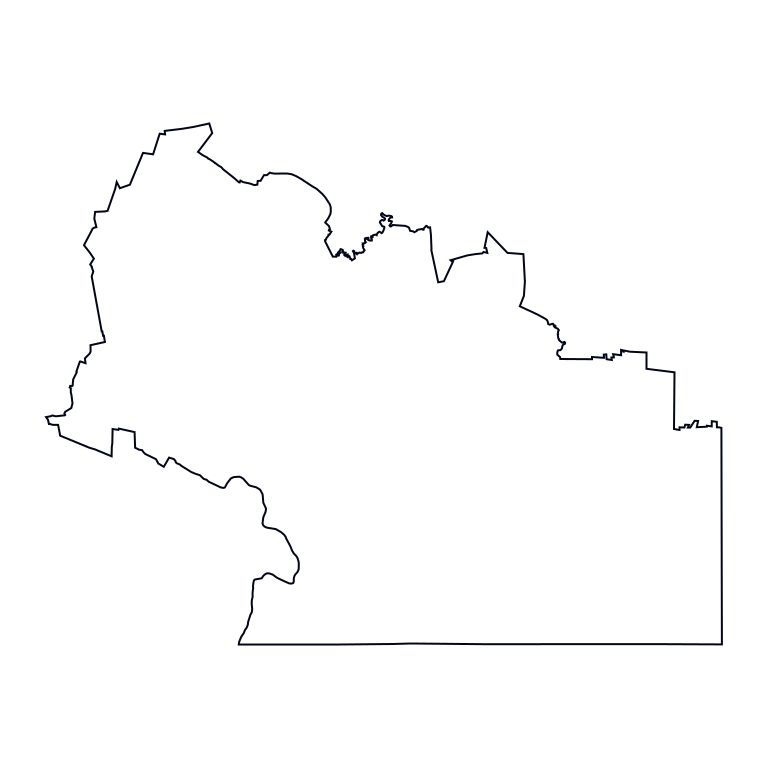 Tenosique, Tabasco, Mexico
{"feature_id": "50627088B14158734316570", "entity_name": "Tenosique", "entity_type": "district", "adm_level": 2, "iso_a3": "MEX", "parent_name": "Mexico", "parent_adm1": "Tabasco", "projection": "natural_earth1", "projection_center": [-91.353, 17.458], "detail": "fine", "context": "isolated", "style": "outline", "palette": "ink", "viewbox_px": 768, "rotation_deg": 0, "n_neighbors": 0, "source": "geoboundaries", "source_scale": "gbopen_adm2", "svg_char_len": 6077}
<svg xmlns="http://www.w3.org/2000/svg" viewBox="0 0 768 768"><path d="M238.8,644.5L340.1,644.5L392.6,644.0L411.0,643.5L485.6,644.2L651.6,644.1L721.9,644.4L721.4,427.9L719.5,427.4L716.9,427.3L716.8,421.8L711.8,421.2L711.7,426.4L706.9,425.7L706.8,426.7L696.8,427.2L698.1,421.0L694.6,420.8L690.3,427.5L687.9,427.5L689.1,424.9L685.2,424.7L684.4,427.5L679.6,427.3L679.5,430.0L674.0,429.0L674.5,372.3L646.5,368.8L646.5,352.5L630.0,351.7L623.9,350.5L623.7,351.7L623.2,351.5L623.3,350.5L621.1,349.9L621.1,355.2L613.1,354.2L613.9,357.4L611.4,357.5L611.8,360.0L606.6,359.2L606.3,354.4L603.8,354.6L604.0,357.8L592.0,357.0L592.0,359.2L560.3,359.0L560.1,357.2L557.3,354.6L557.2,353.2L557.6,351.1L558.1,350.3L560.2,350.2L561.4,349.2L561.9,348.4L562.6,345.3L563.4,344.5L564.8,343.9L565.1,343.4L565.1,342.7L564.5,341.9L562.5,342.6L561.7,342.4L559.0,340.1L558.9,339.0L558.4,338.7L557.7,334.3L558.1,334.1L558.0,332.0L558.8,330.1L558.3,329.9L557.9,328.8L555.0,327.4L555.3,326.7L554.6,326.8L554.2,326.4L554.6,325.6L553.7,325.5L553.6,324.6L553.1,323.9L552.2,323.9L549.7,324.7L548.2,324.0L547.8,322.0L547.2,320.3L545.7,319.0L537.5,314.5L519.8,306.3L523.9,295.9L524.9,281.6L523.4,254.1L507.5,252.9L487.7,232.2L484.5,247.8L486.2,248.0L487.3,252.9L483.5,252.0L482.3,253.4L475.4,254.1L467.4,255.4L450.6,260.2L452.2,261.7L453.0,261.4L452.7,262.3L443.9,281.2L438.2,282.3L431.3,249.9L431.5,249.3L430.9,234.4L430.1,227.4L429.0,227.7L428.7,227.3L427.8,227.3L426.7,225.9L426.2,225.8L423.7,228.5L423.6,229.7L423.0,229.8L421.9,229.0L418.2,229.7L417.1,230.0L416.8,230.9L414.4,232.2L413.2,231.4L410.1,230.8L409.3,228.4L408.6,227.3L405.4,225.9L392.7,225.0L391.1,226.4L390.2,226.4L389.5,225.5L391.2,223.1L391.9,221.5L390.7,221.0L388.9,221.0L388.6,220.2L389.0,219.2L390.1,217.9L391.1,217.4L392.1,217.4L392.0,216.6L391.3,216.1L389.0,215.6L386.6,216.1L383.6,214.6L382.2,213.1L381.4,213.5L381.0,215.0L382.4,216.8L384.5,218.0L385.0,218.7L384.9,219.6L383.6,220.6L382.3,220.0L381.7,220.0L380.1,221.4L379.9,222.4L382.3,226.3L383.7,226.5L384.3,226.9L384.4,227.7L383.3,231.0L382.3,232.7L381.6,233.1L379.6,231.7L378.9,231.9L377.2,233.5L376.7,235.2L375.4,234.6L373.1,235.2L372.7,235.6L372.7,237.0L372.1,237.5L371.8,236.3L371.3,236.2L370.9,237.3L371.9,239.8L371.8,240.5L369.4,240.5L368.4,240.0L368.5,238.6L368.3,237.8L367.6,237.9L367.1,238.6L366.7,238.0L366.1,238.3L365.4,238.1L364.8,238.9L364.9,239.4L365.4,239.5L364.9,240.8L365.2,241.7L365.8,242.2L364.9,243.1L363.0,243.4L363.4,243.9L363.3,244.4L362.6,244.8L362.8,246.0L363.3,246.3L363.0,246.8L363.1,247.9L364.6,250.3L363.6,251.3L363.3,252.2L362.6,252.2L361.8,252.7L361.3,252.6L361.0,252.9L359.3,252.6L358.3,253.4L357.7,253.5L357.3,253.2L357.2,253.5L356.6,252.9L356.3,253.2L356.3,253.7L353.9,251.7L354.0,251.0L353.4,250.7L352.9,251.1L354.0,253.0L354.9,258.4L351.9,260.3L351.1,258.9L350.3,259.0L349.6,256.4L348.9,255.9L348.9,256.3L348.2,256.5L347.9,257.2L347.3,256.9L346.8,255.6L347.2,254.6L346.4,254.8L345.4,255.9L344.4,255.3L344.2,254.3L345.4,253.4L345.6,252.7L344.0,252.5L343.1,251.6L342.9,251.7L342.7,252.5L342.4,252.6L342.1,252.0L342.9,250.7L342.9,250.1L341.7,249.4L341.0,249.6L340.7,249.2L340.9,248.3L340.1,250.2L339.2,251.3L339.9,252.0L340.0,253.0L339.5,253.2L338.2,252.4L337.9,252.7L338.0,253.5L338.7,253.6L339.1,254.1L338.9,255.5L338.4,255.6L337.7,254.6L336.7,254.3L336.2,254.7L336.7,256.2L336.3,256.7L332.8,256.6L325.2,241.5L325.0,240.1L325.9,239.7L326.1,238.8L327.0,237.3L328.3,235.9L328.5,234.7L329.4,234.7L331.4,231.6L328.8,230.5L328.8,230.0L330.0,229.2L328.9,226.0L325.2,222.5L328.2,218.4L330.3,214.3L330.8,211.6L330.7,207.2L329.9,204.5L325.4,197.5L322.4,194.0L316.7,188.9L312.1,186.2L300.9,178.8L295.9,176.0L291.5,174.2L286.9,173.5L274.6,173.6L271.1,173.1L269.9,172.6L267.0,175.1L264.0,175.1L260.6,180.8L257.7,181.0L257.3,184.7L254.3,185.1L250.2,183.6L243.1,182.1L240.4,180.6L239.4,183.2L239.3,182.2L238.3,181.8L234.5,178.3L223.1,169.3L221.3,167.2L218.1,165.3L215.1,162.9L214.8,163.0L214.5,162.5L209.8,159.3L208.0,158.5L207.5,157.7L202.6,155.1L198.0,151.9L212.2,133.1L209.3,123.5L193.1,127.0L182.1,128.8L164.7,130.9L165.1,134.4L159.7,133.7L153.1,154.3L143.0,152.9L129.9,184.7L119.9,188.2L116.7,182.0L115.2,188.8L107.6,210.8L105.1,211.4L95.1,211.9L94.3,218.6L96.4,227.2L94.3,227.6L92.7,228.6L84.0,245.2L90.0,252.9L93.9,258.7L90.2,264.4L91.9,266.9L91.7,267.2L93.3,271.5L91.7,276.4L101.7,331.4L102.3,331.3L103.1,335.8L103.9,335.7L104.9,342.0L90.5,345.2L90.6,351.4L90.4,352.0L89.7,353.5L84.9,358.4L85.5,363.2L80.2,361.4L79.9,361.5L76.4,371.5L76.8,372.1L73.2,379.4L72.6,385.6L72.1,386.0L70.2,385.9L69.7,387.5L70.8,388.1L70.8,392.4L71.5,395.2L72.5,403.4L71.3,408.0L65.2,411.8L64.4,413.4L65.2,415.0L64.9,415.3L55.8,416.3L52.4,415.5L50.7,416.2L46.1,417.1L48.0,419.8L48.9,424.0L49.9,423.9L52.1,424.7L54.2,424.9L58.1,424.9L60.2,435.7L89.3,447.7L95.0,449.4L111.6,456.3L111.8,447.0L112.3,443.3L112.6,429.0L118.4,429.9L118.8,428.6L134.6,432.1L135.1,447.7L139.1,449.7L142.0,450.1L143.8,452.6L145.3,454.0L156.0,459.2L158.3,463.5L163.8,466.8L169.1,457.6L173.9,459.1L175.5,461.0L175.8,462.3L176.7,463.2L179.8,464.5L181.3,465.8L191.2,472.0L195.7,473.9L199.9,475.2L203.7,478.9L206.6,479.8L208.7,481.7L220.9,487.5L223.7,487.9L224.9,487.4L227.3,483.0L230.8,478.5L233.7,477.1L239.2,476.7L241.0,477.3L243.1,478.6L248.8,485.0L250.1,485.7L256.2,487.3L260.0,489.6L262.3,493.6L262.7,495.1L263.3,502.7L265.9,508.3L265.9,510.3L265.3,512.5L263.3,517.3L262.5,523.4L263.3,525.4L264.6,526.6L266.7,527.6L275.8,529.1L281.0,532.1L284.4,535.0L285.7,537.1L286.4,538.9L290.4,546.3L291.8,550.0L293.6,553.2L296.5,556.3L297.5,558.1L298.6,561.7L298.8,563.8L298.7,568.7L298.4,570.1L297.4,572.1L295.3,574.5L294.3,576.3L293.8,578.4L293.8,581.2L293.4,582.6L293.1,583.1L291.5,583.6L289.2,583.4L282.9,580.6L276.9,577.7L272.7,574.6L269.5,573.5L267.8,573.3L266.7,573.4L264.5,574.7L262.9,576.3L262.1,577.9L261.2,578.4L255.0,579.5L254.3,579.9L253.7,581.3L252.9,586.5L253.2,587.5L252.6,592.5L252.6,597.0L251.8,600.4L251.7,603.9L252.2,609.0L251.8,612.2L250.4,614.8L248.1,622.1L247.8,624.9L246.7,627.6L245.0,630.0L243.6,633.4L241.2,636.9L239.2,641.7L238.8,644.5Z" fill="none" stroke="#020617" stroke-width="2"/></svg>